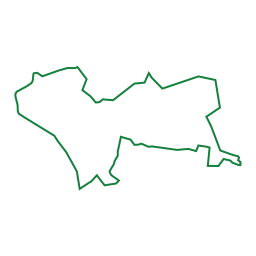 Damboa, Borno, Nigeria
{"feature_id": "59680162B27422550871896", "entity_name": "Damboa", "entity_type": "district", "adm_level": 2, "iso_a3": "NGA", "parent_name": "Nigeria", "parent_adm1": "Borno", "projection": "mercator", "projection_center": [12.591, 11.064], "detail": "fine", "context": "isolated", "style": "outline", "palette": "green", "viewbox_px": 256, "rotation_deg": 0, "n_neighbors": 0, "source": "geoboundaries", "source_scale": "gbopen_adm2", "svg_char_len": 1485}
<svg xmlns="http://www.w3.org/2000/svg" viewBox="0 0 256 256"><path d="M79.7,188.9L89.2,182.6L91.3,181.4L96.9,175.3L100.8,180.5L104.6,185.3L116.1,183.5L118.9,180.6L113.4,176.7L111.3,175.1L110.0,172.9L109.6,171.3L111.9,167.3L113.6,164.7L114.8,160.7L117.8,155.7L117.7,152.0L119.2,144.9L120.9,136.8L126.2,138.4L130.5,139.6L134.4,144.8L138.0,144.7L141.4,143.7L148.6,146.8L152.1,146.4L177.1,149.9L188.4,148.9L196.1,151.1L198.4,145.5L207.1,146.8L209.6,147.6L207.8,165.9L218.4,166.0L223.6,159.0L230.5,160.6L232.2,162.6L237.9,164.8L240.3,165.1L240.4,164.0L240.6,163.6L240.6,163.4L240.3,163.2L240.2,162.7L240.4,161.9L239.9,161.6L238.1,160.2L239.1,157.6L237.7,156.1L233.9,155.3L220.3,150.5L211.1,126.2L206.4,116.7L219.9,107.6L215.4,80.0L198.5,76.4L162.4,88.6L151.8,77.8L148.8,73.1L144.6,82.6L134.4,83.6L113.1,100.2L104.3,99.5L102.9,99.3L99.5,102.1L95.8,102.5L90.4,96.2L82.4,90.1L86.6,79.2L77.5,67.1L75.0,68.1L67.6,68.0L59.0,70.4L42.3,76.3L37.2,72.8L33.7,73.3L33.3,75.0L33.2,76.1L33.1,77.4L33.0,78.5L32.8,79.6L32.7,80.5L32.3,81.7L31.0,83.5L30.1,84.0L29.1,84.7L28.8,85.0L27.3,85.9L24.4,87.6L23.7,87.9L20.6,89.6L19.0,90.5L17.4,91.3L16.4,92.1L15.6,93.6L15.4,94.5L15.4,95.6L15.5,96.5L15.7,97.6L16.1,98.6L16.2,99.4L16.3,100.0L16.6,101.1L17.0,102.6L17.4,104.1L17.5,104.9L17.6,105.7L17.7,106.5L17.6,107.3L17.8,109.3L17.7,110.8L18.2,112.1L18.8,113.7L19.1,114.0L20.7,114.9L24.8,117.6L54.4,135.8L57.5,140.7L66.3,152.3L76.8,171.3L77.7,176.7L79.7,188.9Z" fill="none" stroke="#15803d" stroke-width="2"/></svg>